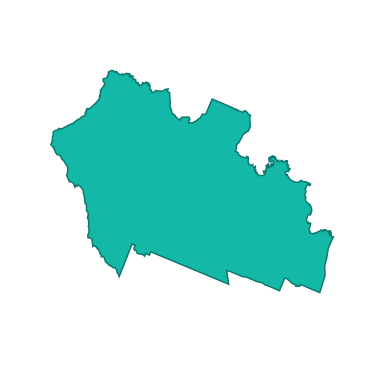 Colac Otway, Victoria, Australia, rotated 104°
{"feature_id": "25037944B58594911461534", "entity_name": "Colac Otway", "entity_type": "district", "adm_level": 2, "iso_a3": "AUS", "parent_name": "Australia", "parent_adm1": "Victoria", "projection": "natural_earth1", "projection_center": [143.55, -38.439], "detail": "fine", "context": "isolated", "style": "filled", "palette": "teal", "viewbox_px": 384, "rotation_deg": 104, "n_neighbors": 0, "source": "geoboundaries", "source_scale": "gbopen_adm2", "svg_char_len": 6006}
<svg xmlns="http://www.w3.org/2000/svg" viewBox="0 0 384 384"><g transform="rotate(104 192 192)"><path d="M201.3,44.0L201.5,45.6L200.9,46.3L200.5,47.8L199.9,46.6L199.4,46.6L199.0,47.2L199.3,48.6L198.5,49.4L197.9,48.9L198.0,47.6L197.7,47.2L196.4,48.2L196.5,49.7L197.4,50.6L197.2,51.9L196.5,52.3L196.4,53.6L196.7,54.9L198.6,55.0L197.7,56.1L197.5,57.4L199.1,58.6L200.7,60.9L201.5,61.1L202.1,63.1L203.0,63.2L203.3,66.8L202.9,67.5L201.6,67.9L201.3,68.6L199.9,69.3L193.8,69.2L193.6,69.8L194.2,71.0L193.9,71.6L194.2,72.3L193.2,71.9L193.0,73.3L191.5,74.3L186.3,74.0L185.4,73.0L185.8,71.9L185.3,71.7L181.6,71.2L179.4,71.9L178.6,72.7L177.6,72.8L176.7,74.1L176.0,74.1L173.8,78.9L171.6,80.3L169.3,80.2L168.3,81.7L167.5,82.0L164.2,81.5L161.4,82.8L157.8,82.1L156.9,81.2L157.2,79.8L156.9,78.9L155.6,78.9L155.5,80.2L155.0,81.0L155.5,81.1L155.6,81.9L154.3,83.7L154.8,84.4L155.0,87.3L154.2,88.8L155.0,89.0L155.1,89.7L156.2,90.4L157.1,91.9L157.5,93.9L157.1,97.3L155.9,100.3L153.0,103.3L152.0,103.6L152.3,104.6L152.9,104.2L152.9,104.8L151.5,106.1L150.2,106.2L148.8,104.5L148.9,103.5L147.9,103.9L146.6,102.4L146.3,102.8L146.0,102.5L145.8,102.6L146.3,103.8L145.2,104.1L145.5,104.4L145.1,105.0L143.6,105.3L143.1,104.5L143.2,104.9L142.6,104.8L142.2,106.2L141.1,106.5L140.9,107.0L138.9,106.9L138.6,107.3L139.0,108.6L139.9,108.6L140.3,110.3L140.8,110.6L140.6,111.6L139.9,111.7L140.0,112.2L139.7,112.6L140.5,113.0L140.6,113.9L141.3,114.7L141.1,115.2L141.8,115.9L141.5,116.5L141.0,116.4L141.3,116.7L141.1,117.2L140.0,118.0L139.8,119.3L139.1,119.7L138.6,119.1L138.1,119.3L138.0,119.7L138.5,119.4L138.8,119.9L138.6,121.1L137.9,120.8L137.4,121.3L137.5,122.0L137.9,121.4L138.7,122.2L138.4,122.5L138.6,123.9L139.7,123.9L140.0,123.4L140.7,123.8L140.2,124.4L140.6,124.4L140.7,125.2L139.8,125.2L140.0,125.5L142.0,125.3L143.7,124.3L144.0,122.9L142.4,121.9L142.1,121.0L142.4,120.5L143.0,120.7L143.6,119.7L146.3,119.4L146.6,119.8L146.3,120.5L145.8,120.2L145.2,120.8L145.4,121.6L147.3,121.0L147.1,121.8L147.8,121.8L147.3,122.6L149.1,122.6L149.7,123.5L149.1,123.6L149.7,124.7L149.4,125.1L148.8,124.4L146.3,124.7L147.2,125.6L147.7,125.5L148.5,126.4L150.5,125.5L151.9,125.7L152.8,125.0L153.0,125.7L153.8,125.3L154.6,125.6L154.2,126.7L154.6,126.9L154.5,127.7L155.3,127.4L155.5,126.7L156.2,126.8L156.4,125.6L157.1,125.5L158.4,126.3L159.6,129.6L159.4,132.5L157.5,133.7L158.1,134.1L157.6,135.0L156.8,135.0L156.2,136.0L155.3,135.4L154.9,137.1L154.0,137.1L153.3,136.3L152.0,136.7L153.3,137.5L152.6,137.9L152.7,138.4L152.1,139.6L150.8,139.7L152.0,141.2L151.1,143.6L149.4,144.7L144.6,145.8L144.3,147.5L145.5,147.6L146.0,148.2L145.7,153.1L143.9,156.4L143.1,157.1L142.5,157.0L142.1,160.0L139.4,159.5L135.2,160.2L133.1,158.6L126.4,156.8L125.1,156.9L122.1,154.9L118.9,151.9L114.0,151.3L106.2,153.9L103.2,153.9L102.8,156.6L101.8,157.1L100.4,159.4L100.6,160.7L101.2,161.6L102.0,161.4L102.6,162.0L102.0,164.8L102.2,166.8L102.1,167.3L101.4,167.3L101.5,169.4L101.0,169.5L100.9,170.2L101.4,171.2L100.5,172.6L96.9,194.9L113.2,197.5L114.0,200.8L118.3,202.0L119.1,203.1L121.9,205.1L124.9,208.4L125.7,212.3L124.2,212.3L122.4,211.5L120.0,213.1L121.9,220.0L123.2,220.3L124.2,221.4L125.1,221.4L123.9,224.6L121.0,228.1L121.2,229.7L113.6,234.3L111.5,234.5L101.0,237.8L100.5,240.1L100.1,240.4L97.8,240.0L98.9,242.7L101.3,245.0L102.3,249.8L102.0,251.2L104.9,253.9L105.2,254.9L102.9,256.3L101.7,258.1L99.5,258.3L99.1,257.7L99.4,259.2L98.8,259.1L98.3,259.8L97.4,259.6L97.6,260.5L98.1,260.5L97.7,260.9L98.2,261.1L97.4,261.8L96.7,261.4L96.7,262.4L97.1,262.1L97.2,262.6L96.6,263.3L98.6,265.0L97.7,266.2L100.3,266.7L100.9,267.2L100.9,268.5L101.5,268.8L100.7,269.0L100.6,270.1L99.5,270.4L99.9,270.9L99.4,271.2L99.8,271.5L99.1,271.4L99.1,272.9L96.6,273.9L96.6,275.2L97.4,276.4L94.1,277.2L94.4,277.7L93.6,278.7L93.7,279.2L94.2,278.8L95.5,280.4L93.7,281.1L93.0,280.7L92.3,281.0L92.5,282.7L93.4,283.3L92.8,283.7L92.8,284.7L95.0,286.4L94.2,287.3L94.2,288.0L95.7,289.8L95.5,291.2L94.6,292.2L94.7,293.4L94.4,293.9L93.6,293.9L93.3,294.8L93.9,295.2L94.2,296.3L93.3,297.9L93.8,300.1L94.3,300.1L95.6,302.0L96.5,302.1L97.3,301.5L100.5,302.2L101.8,302.0L103.7,305.6L106.4,304.8L106.3,304.2L107.1,303.4L108.3,302.9L111.0,303.4L115.2,305.5L116.1,304.7L117.2,305.2L118.5,304.6L120.9,305.0L120.9,304.4L122.1,304.8L123.5,304.3L128.2,306.4L134.4,310.4L136.4,312.3L136.3,313.7L136.8,314.0L137.4,313.4L138.3,314.6L139.9,314.4L140.3,313.9L141.7,314.3L141.7,314.7L142.4,314.2L143.8,314.6L145.4,316.9L148.5,318.9L149.1,320.1L152.5,322.9L154.2,323.9L155.3,325.9L162.2,333.6L162.7,335.2L162.4,336.4L164.2,337.5L165.0,338.3L165.2,339.4L167.7,341.3L169.7,340.4L172.3,340.7L175.4,339.9L176.0,340.3L176.9,339.7L180.0,340.5L182.0,338.0L181.7,336.9L182.9,336.8L187.1,333.5L188.5,331.5L188.1,330.2L188.8,328.5L191.6,326.2L192.2,325.3L192.1,324.7L197.5,319.1L199.3,318.1L204.4,317.4L205.8,317.8L210.5,314.5L211.8,313.3L211.2,312.6L212.0,309.3L215.7,306.8L214.2,306.1L214.2,305.5L213.9,305.8L213.3,305.3L213.0,304.0L213.3,302.4L215.1,299.6L217.3,297.7L219.2,297.2L222.8,295.1L224.2,294.9L224.6,294.2L226.3,294.2L227.9,293.0L229.1,292.9L229.1,291.9L229.6,291.5L235.7,289.8L237.6,287.5L238.8,287.5L239.8,286.8L241.0,287.4L242.1,286.8L242.8,287.1L243.3,286.0L248.4,284.3L250.5,284.3L253.0,282.6L254.3,282.9L255.4,282.2L258.9,282.7L261.5,281.9L261.4,278.9L262.0,277.7L268.9,275.0L268.1,274.3L268.0,273.3L268.5,271.4L270.3,269.7L270.1,269.2L270.9,268.1L274.0,266.5L274.9,264.9L276.9,264.3L276.3,263.5L276.1,262.0L280.9,258.7L282.2,255.8L283.2,254.6L283.0,253.7L284.7,250.0L284.1,248.4L284.9,247.4L286.1,246.1L288.3,245.2L289.5,243.5L291.7,242.2L257.0,237.6L257.5,234.3L260.8,234.8L262.4,233.6L262.2,232.9L262.9,231.2L264.5,230.6L264.9,229.8L264.6,224.5L265.8,222.4L262.9,222.0L263.5,218.1L260.0,217.6L272.6,134.1L259.8,139.4L259.8,136.3L261.9,122.3L261.5,118.4L263.3,106.8L263.1,101.6L264.7,98.1L264.5,96.6L266.6,83.2L253.0,81.2L253.3,78.7L256.4,72.9L257.1,68.4L258.3,68.6L257.2,64.5L255.5,64.3L258.7,43.7L240.7,42.7L231.9,45.4L223.8,45.3L213.7,46.2L201.3,44.0Z" fill="#14b8a6" stroke="#0f766e" stroke-width="1.5"/></g></svg>